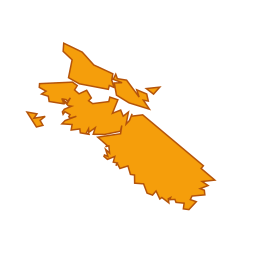 outline of Karmøy nor, Rogaland, Norway, rotated 305°
{"feature_id": "86288312B31081381702542", "entity_name": "Karmøy nor", "entity_type": "district", "adm_level": 2, "iso_a3": "NOR", "parent_name": "Norway", "parent_adm1": "Rogaland", "projection": "orthographic", "projection_center": [5.261, 59.278], "detail": "medium", "context": "isolated", "style": "filled", "palette": "amber", "viewbox_px": 256, "rotation_deg": 305, "n_neighbors": 0, "source": "geoboundaries", "source_scale": "gbopen_adm2", "svg_char_len": 1852}
<svg xmlns="http://www.w3.org/2000/svg" viewBox="0 0 256 256"><g transform="rotate(305 128 128)"><path d="M113.6,30.1L110.4,32.0L111.2,39.7L106.2,37.7L108.3,44.5L104.5,48.2L111.1,61.8L112.5,61.6L112.1,59.9L112.7,60.2L113.4,57.8L114.1,57.4L115.8,61.0L115.3,63.3L119.7,63.5L113.6,64.1L113.8,57.7L112.0,66.2L113.5,69.3L106.9,65.1L103.6,65.0L102.0,67.0L105.2,67.0L105.7,72.9L103.2,73.0L102.9,75.0L108.0,79.0L98.0,72.2L93.5,71.5L98.8,80.2L93.7,82.6L99.6,89.1L96.7,91.7L100.8,100.5L99.9,96.7L104.8,96.1L101.9,98.4L109.5,101.0L102.9,103.1L109.4,112.6L121.0,123.6L126.5,121.5L119.0,125.2L103.1,108.5L101.7,121.4L99.7,120.2L102.4,122.5L96.9,127.3L97.6,122.0L93.2,127.8L92.4,124.2L90.9,124.6L90.5,129.2L97.1,133.5L91.6,135.5L93.2,139.3L90.2,139.6L92.6,140.0L90.2,144.6L96.9,149.7L91.4,156.6L93.2,160.3L86.6,165.1L91.2,172.8L85.6,181.0L87.1,186.6L92.5,187.1L88.1,194.8L90.5,195.6L90.1,204.4L93.1,201.6L95.5,202.8L93.3,203.4L96.4,207.4L94.6,210.0L98.6,217.1L93.5,219.7L96.1,224.7L106.8,226.2L105.1,220.1L109.0,219.5L117.3,229.3L120.8,226.2L119.7,221.9L126.8,226.6L126.7,219.4L135.1,229.0L136.8,211.1L140.3,211.4L147.2,132.5L139.5,123.9L142.0,123.2L134.9,124.9L130.1,124.2L141.3,119.2L134.9,117.3L138.5,111.7L131.1,106.8L145.3,103.5L142.9,95.4L138.6,97.1L127.7,85.1L127.7,80.1L131.6,80.7L135.2,72.5L127.9,68.3L128.5,62.4L133.6,62.1L133.7,56.2L113.6,30.1ZM135.1,50.4L136.3,62.8L148.4,89.7L152.1,88.3L153.2,93.3L157.8,87.3L163.7,84.5L160.0,63.9L163.9,47.0L160.6,26.7L153.6,30.9L151.8,43.1L135.1,50.4ZM165.0,87.1L159.4,88.0L161.7,97.2L157.0,90.9L148.3,99.7L149.2,114.5L155.7,134.7L159.6,124.6L161.7,129.2L166.6,123.8L164.3,113.2L159.7,119.4L166.4,99.4L162.3,91.0L165.0,87.1ZM83.1,36.1L76.3,52.4L81.4,56.8L83.8,51.6L90.0,53.5L82.0,45.3L87.4,45.3L83.1,36.1ZM179.7,130.6L170.8,120.4L170.4,129.5L179.7,130.6Z" fill="#f59e0b" stroke="#b45309" stroke-width="1.5"/></g></svg>